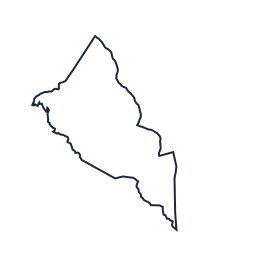 Jaguaribara, Ceará, Brazil, rotated 122°
{"feature_id": "56859067B84152218297204", "entity_name": "Jaguaribara", "entity_type": "district", "adm_level": 2, "iso_a3": "BRA", "parent_name": "Brazil", "parent_adm1": "Ceará", "projection": "orthographic", "projection_center": [-38.522, -5.579], "detail": "fine", "context": "isolated", "style": "outline", "palette": "slate", "viewbox_px": 256, "rotation_deg": 122, "n_neighbors": 0, "source": "geoboundaries", "source_scale": "gbopen_adm2", "svg_char_len": 2518}
<svg xmlns="http://www.w3.org/2000/svg" viewBox="0 0 256 256"><g transform="rotate(122 128 128)"><path d="M188.6,33.0L175.0,43.0L146.0,61.9L140.2,64.1L134.9,66.6L124.5,76.9L135.1,86.7L133.9,87.8L132.6,88.5L129.4,89.2L127.8,89.6L126.7,90.4L125.2,91.6L123.5,92.7L122.5,93.8L120.7,94.3L119.5,95.0L118.1,96.8L117.6,98.6L117.0,100.4L117.1,102.4L117.0,105.5L117.4,107.7L118.4,109.9L119.6,117.0L120.3,119.1L120.7,121.7L118.9,121.9L117.1,122.0L115.8,122.4L114.1,122.7L112.0,123.0L109.9,124.1L108.1,126.0L106.7,127.5L105.2,128.7L104.3,130.0L102.9,131.4L102.8,133.5L101.9,135.4L101.0,137.0L99.4,138.3L98.5,139.9L98.0,141.8L97.1,144.1L97.0,146.1L96.2,148.5L95.0,151.0L95.4,153.1L95.7,154.8L95.4,156.3L94.7,158.7L94.2,160.7L93.2,162.2L92.1,164.3L90.3,165.1L88.8,166.0L86.9,166.4L85.3,166.7L84.0,167.5L82.6,168.6L81.5,170.2L80.5,171.1L79.6,172.3L78.8,173.5L77.8,174.8L77.5,176.5L76.8,178.2L75.5,179.5L74.5,180.6L73.1,181.8L72.2,183.3L71.9,185.5L71.7,187.1L72.0,188.7L71.8,190.2L70.9,191.9L70.0,193.6L69.0,195.7L68.4,197.8L67.9,200.0L67.8,202.3L67.4,204.6L105.7,205.3L121.1,205.9L122.6,206.8L124.1,207.9L125.6,209.4L127.1,209.9L128.5,209.2L129.7,208.5L130.9,207.5L132.4,207.8L132.8,209.6L133.7,210.9L135.1,211.4L137.0,211.9L138.1,212.8L138.7,214.3L140.4,215.6L141.4,217.4L142.6,218.4L144.1,219.3L145.4,220.5L146.8,220.8L148.1,221.5L149.8,222.5L151.2,222.8L152.9,223.0L154.5,222.0L156.5,221.8L159.2,221.3L158.7,219.7L157.3,219.7L157.2,218.4L157.2,216.3L155.1,216.7L153.4,216.8L154.3,215.5L153.1,213.8L154.4,212.3L155.5,210.7L156.4,208.8L157.4,206.2L156.0,206.0L153.7,207.0L154.7,204.5L157.0,204.3L159.2,203.4L160.8,202.0L162.8,200.4L165.2,199.1L165.3,197.1L166.4,196.4L166.8,194.9L167.5,192.8L167.3,189.5L169.4,188.9L170.7,189.6L170.8,188.2L170.5,186.9L170.4,185.3L169.1,184.5L169.4,182.7L169.1,181.3L168.5,180.1L168.0,178.5L168.1,177.1L167.9,175.8L167.7,174.3L169.2,172.6L170.7,172.4L172.0,171.9L171.7,169.9L171.9,167.8L173.4,166.2L175.5,163.7L175.6,162.3L175.8,160.7L177.0,159.4L175.3,157.3L175.5,156.0L176.2,154.7L178.2,153.1L179.6,150.4L178.8,135.0L177.6,112.3L171.8,106.6L168.8,100.0L167.9,98.4L167.4,97.1L167.4,95.6L168.0,91.1L171.2,90.6L173.2,89.7L174.1,87.8L174.9,86.2L176.6,84.9L177.4,82.1L178.5,81.2L179.6,80.3L179.7,78.4L180.5,76.7L180.6,74.8L180.4,73.3L180.1,71.8L180.3,69.6L181.3,67.6L176.9,60.2L176.7,58.4L176.4,56.8L177.8,55.9L179.8,54.6L182.6,51.8L182.2,49.8L183.3,48.3L184.3,46.8L183.3,45.1L184.0,43.2L183.5,41.8L183.5,40.5L186.9,39.4L187.9,37.9L188.6,33.0Z" fill="none" stroke="#1e293b" stroke-width="2"/></g></svg>